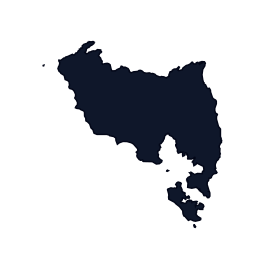 Kupang, Nusa Tenggara Timur, Indonesia (orthographic projection), rotated 283°
{"feature_id": "22746128B27765258797580", "entity_name": "Kupang", "entity_type": "district", "adm_level": 2, "iso_a3": "IDN", "parent_name": "Indonesia", "parent_adm1": "Nusa Tenggara Timur", "projection": "orthographic", "projection_center": [123.766, -9.812], "detail": "fine", "context": "isolated", "style": "filled", "palette": "ink", "viewbox_px": 256, "rotation_deg": 283, "n_neighbors": 0, "source": "geoboundaries", "source_scale": "gbopen_adm2", "svg_char_len": 5899}
<svg xmlns="http://www.w3.org/2000/svg" viewBox="0 0 256 256"><g transform="rotate(283 128 128)"><path d="M90.4,197.0L89.9,198.3L89.5,198.0L89.5,198.4L88.7,198.3L88.7,198.7L83.6,199.5L83.7,203.7L85.7,208.1L85.2,208.5L85.0,209.6L83.9,210.7L84.6,211.5L83.1,211.9L83.4,212.4L82.4,213.2L81.5,215.5L79.2,217.2L79.6,219.4L78.0,221.1L78.3,222.4L80.0,223.1L83.2,222.3L84.3,221.6L84.3,221.0L84.6,221.3L90.7,217.8L93.4,217.4L94.8,218.3L97.4,218.3L97.6,219.4L98.4,220.3L100.0,220.4L101.7,221.1L102.6,221.9L103.8,224.3L104.6,224.7L107.1,222.3L108.1,222.0L108.4,222.6L110.6,221.5L112.6,221.2L116.4,221.9L116.7,222.5L118.4,223.3L119.3,223.2L120.3,224.1L122.7,223.4L123.5,223.8L125.2,222.8L128.7,222.2L129.2,221.5L130.9,220.9L134.1,221.6L134.8,222.3L135.9,221.9L136.5,222.2L137.3,221.8L137.4,221.3L138.8,221.1L140.4,220.0L147.8,218.3L149.8,215.8L156.5,212.2L159.2,211.6L161.1,212.1L161.8,211.5L162.2,209.9L164.5,208.6L166.8,208.1L171.5,208.6L174.0,208.0L174.9,207.1L175.6,204.7L176.5,203.5L181.5,200.4L183.4,199.8L185.0,198.3L184.4,197.0L184.7,196.0L187.4,193.9L188.3,191.7L189.1,191.9L189.2,191.4L191.7,190.0L196.5,188.1L201.9,187.6L206.0,188.9L206.6,188.6L208.5,188.8L209.7,187.6L209.4,185.5L208.1,185.9L207.5,185.1L207.5,184.5L208.8,184.2L208.3,183.2L207.6,183.1L206.7,183.8L206.1,183.5L207.7,181.3L207.0,179.9L205.4,179.6L205.5,178.5L205.0,178.1L205.0,177.6L206.6,176.1L206.4,175.4L204.5,174.3L203.0,172.6L202.0,170.7L198.9,168.1L196.8,167.6L195.3,164.6L195.7,163.6L198.8,164.4L199.1,163.7L196.5,162.1L195.8,159.7L194.3,158.2L192.9,158.0L192.3,156.4L188.7,155.9L187.6,156.5L187.1,155.6L185.5,154.3L185.8,153.7L185.4,153.0L185.9,151.6L185.6,148.8L184.9,148.0L184.9,147.3L185.4,143.7L186.4,142.1L186.7,139.8L186.2,138.7L186.5,136.5L185.5,133.5L185.5,131.0L186.6,129.1L187.0,127.4L186.6,125.9L185.3,124.7L184.0,120.8L182.5,118.7L183.2,116.7L184.4,116.2L185.9,114.7L186.6,111.7L186.4,110.8L185.7,110.7L185.5,110.2L186.4,109.3L186.8,108.0L186.6,107.4L184.6,107.1L182.6,104.3L180.9,102.9L180.2,100.2L180.1,99.4L181.3,98.4L185.6,96.3L186.3,94.7L186.3,92.9L185.8,92.5L185.8,91.7L184.4,88.8L185.5,88.0L187.3,87.8L188.3,86.5L190.0,85.5L191.6,83.0L194.6,83.7L195.2,84.6L196.2,85.1L196.9,84.5L197.0,83.7L197.9,83.7L197.5,80.6L195.5,78.8L195.5,77.4L194.8,75.6L194.1,75.1L193.1,72.9L192.2,72.7L191.0,71.1L191.1,70.1L191.7,69.9L191.9,69.0L193.6,69.8L195.9,69.7L197.5,71.0L197.6,71.7L200.1,73.1L200.3,73.9L202.7,75.8L203.6,75.5L204.0,75.8L204.4,74.5L203.6,72.7L203.4,70.6L202.7,70.5L202.4,69.5L201.6,69.5L199.5,66.1L197.6,64.9L195.8,65.6L195.4,64.2L194.9,64.4L194.0,63.1L193.7,63.5L192.3,62.9L192.3,62.3L190.0,61.7L189.2,60.2L187.3,59.5L186.9,58.6L187.3,57.3L184.2,53.3L183.0,51.2L182.0,50.8L181.7,49.7L178.8,47.4L178.6,45.4L177.8,45.5L176.2,46.9L173.2,47.0L172.5,46.6L170.1,46.4L167.7,48.1L167.0,49.7L166.2,50.3L164.9,54.0L161.1,55.9L160.7,58.5L159.9,60.1L156.5,61.4L155.1,61.1L154.0,61.5L153.3,62.7L153.4,64.1L152.9,65.9L151.6,67.5L149.0,69.4L146.8,69.8L145.8,69.4L145.0,69.6L143.7,71.4L141.5,73.1L139.2,73.5L137.2,72.4L135.9,72.2L135.6,73.6L135.9,76.5L135.3,77.8L134.7,81.1L133.5,82.1L129.9,83.0L128.0,84.7L125.5,85.4L125.0,87.1L123.3,89.8L119.7,92.0L118.5,94.2L115.3,96.1L114.8,99.2L117.0,108.8L116.9,111.3L116.4,111.8L116.5,116.0L115.5,118.4L113.1,119.1L109.8,121.3L111.7,122.9L113.8,126.1L114.6,130.1L114.4,134.6L113.6,137.0L110.0,142.0L108.2,142.8L106.3,141.5L105.3,142.8L105.6,143.3L105.0,142.9L102.8,142.9L101.7,143.6L99.8,146.0L99.4,147.5L100.1,149.5L99.6,150.3L99.0,150.1L98.9,150.6L100.7,159.3L99.3,163.7L100.3,166.6L102.5,168.4L104.0,168.4L104.6,166.5L106.4,163.9L109.1,163.6L109.5,163.0L111.9,162.2L113.8,163.7L115.8,163.6L116.4,164.2L117.8,163.3L117.8,162.7L119.2,162.3L120.2,163.6L123.5,165.2L124.9,165.1L125.3,165.6L128.8,165.6L129.7,166.4L130.8,166.6L131.0,167.7L131.8,168.1L131.2,168.6L131.4,169.5L130.3,170.0L129.7,172.9L128.6,174.5L128.0,174.7L127.7,175.9L127.9,176.2L126.8,177.6L125.4,177.8L123.7,178.8L122.7,178.9L122.6,178.3L121.5,178.5L118.4,181.0L116.4,181.3L114.8,182.6L116.0,184.6L116.8,184.8L116.2,186.3L116.8,186.8L114.1,187.2L112.8,187.8L114.1,189.4L116.9,189.2L116.5,191.0L115.8,191.8L115.2,191.2L114.6,192.5L113.3,192.7L112.6,193.6L112.0,192.9L111.3,193.2L112.0,196.7L113.4,198.9L114.3,199.2L114.4,199.8L113.7,200.2L109.4,198.3L109.3,198.9L108.3,199.7L106.1,200.7L107.8,202.4L109.3,202.9L107.6,210.1L104.5,211.4L103.7,211.1L103.0,211.4L102.7,210.7L101.7,210.3L100.2,210.7L99.3,205.9L97.6,203.3L99.0,199.5L98.4,199.6L98.2,198.2L96.8,199.8L95.3,200.0L93.4,197.7L91.4,196.7L90.9,197.2L90.4,197.0ZM77.4,180.5L76.8,180.4L72.9,182.5L70.9,183.1L70.1,183.0L67.8,183.8L66.1,190.1L64.9,191.8L63.0,195.9L59.8,199.9L56.8,200.9L54.9,202.2L54.6,203.5L51.6,207.6L53.0,209.5L52.3,212.8L52.4,214.7L54.3,218.6L55.1,219.4L56.4,219.2L57.6,215.6L59.4,213.5L60.8,213.8L62.8,213.4L64.5,214.0L65.0,214.6L64.9,216.7L65.4,217.7L65.2,218.1L65.5,219.1L66.5,218.9L68.7,219.5L70.0,218.7L70.8,216.9L71.1,215.0L70.6,214.6L70.1,215.0L68.4,213.9L67.7,211.4L67.0,211.3L67.9,210.9L70.1,212.0L70.5,211.4L71.9,211.9L71.9,211.0L70.6,207.6L69.7,207.1L70.2,206.7L70.7,207.4L71.7,205.6L71.4,205.0L70.5,204.4L71.2,203.9L70.8,203.8L71.1,203.4L70.5,202.4L69.5,202.2L69.4,201.6L68.3,201.7L67.4,200.7L67.3,199.4L66.8,199.8L67.7,198.1L66.8,196.9L66.9,196.6L67.4,196.9L68.3,195.8L70.2,197.0L72.1,196.7L72.2,197.7L71.4,200.3L73.3,200.5L76.4,197.9L76.8,198.3L77.4,198.3L77.8,196.9L77.4,196.1L78.2,195.1L78.6,195.3L78.9,194.5L80.1,194.5L82.3,192.9L82.5,192.2L86.0,192.3L86.5,191.5L86.6,189.0L85.6,187.9L83.7,187.2L82.1,189.0L80.2,188.6L79.9,188.0L80.1,187.1L79.4,185.7L79.3,183.3L77.4,180.5ZM74.1,200.9L73.1,201.9L73.4,203.3L74.1,203.5L74.9,203.1L75.4,202.3L74.1,200.9ZM49.2,214.1L47.7,214.1L46.4,215.0L46.3,215.8L47.0,216.1L48.0,215.1L47.8,214.8L49.2,214.1ZM95.2,175.4L94.7,175.4L94.6,175.9L95.5,177.0L95.8,175.9L95.2,175.4ZM170.3,31.9L169.9,31.3L169.5,31.5L169.7,31.9L170.3,31.9Z" fill="#0f172a" stroke="#020617" stroke-width="1.5"/></g></svg>